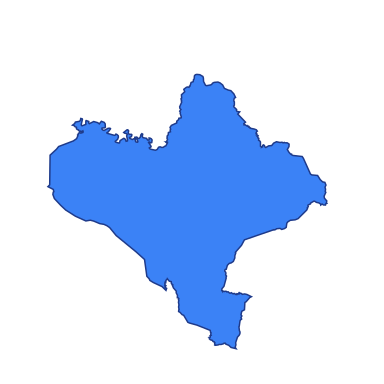 Nam Phong, Khon Kaen, Thailand, rotated 130°
{"feature_id": "78962969B93047350456374", "entity_name": "Nam Phong", "entity_type": "district", "adm_level": 2, "iso_a3": "THA", "parent_name": "Thailand", "parent_adm1": "Khon Kaen", "projection": "natural_earth1", "projection_center": [102.881, 16.697], "detail": "fine", "context": "isolated", "style": "filled", "palette": "blue", "viewbox_px": 384, "rotation_deg": 130, "n_neighbors": 0, "source": "geoboundaries", "source_scale": "gbopen_adm2", "svg_char_len": 6016}
<svg xmlns="http://www.w3.org/2000/svg" viewBox="0 0 384 384"><g transform="rotate(130 192 192)"><path d="M100.6,93.8L99.2,96.4L100.3,98.5L100.1,101.7L98.6,106.4L101.9,111.2L102.1,112.8L94.6,128.3L94.0,130.4L99.2,138.3L99.4,139.6L99.0,140.1L99.6,140.7L99.3,143.1L98.2,146.3L94.9,146.9L92.9,148.4L93.1,150.6L94.6,152.5L94.7,153.2L95.8,153.8L96.0,155.0L97.5,156.4L99.2,159.6L102.1,160.9L105.2,160.8L107.3,162.9L110.5,164.1L110.6,165.1L109.8,166.5L110.0,167.6L110.8,167.8L112.0,167.0L113.2,167.5L112.7,167.9L112.9,169.0L109.7,171.7L109.3,173.1L109.6,174.2L108.0,175.3L108.2,176.4L107.4,176.8L107.5,177.8L106.4,177.8L106.7,178.5L106.3,179.1L106.7,179.5L105.7,179.9L105.8,180.8L104.1,181.3L103.4,181.1L103.0,182.7L103.7,184.7L105.7,188.4L105.4,188.6L105.7,189.8L105.4,189.7L105.2,190.8L105.7,191.4L105.5,191.9L105.9,191.9L106.2,192.8L106.4,194.8L107.1,195.2L106.3,196.3L104.1,195.9L102.9,207.0L100.0,207.0L101.4,209.2L101.0,210.3L100.1,210.9L99.9,214.5L99.4,215.3L98.2,215.4L95.7,217.5L95.4,218.5L94.3,219.3L92.9,219.9L91.6,219.4L89.9,223.1L89.4,227.4L90.6,229.7L91.8,233.8L90.3,237.3L90.4,240.7L91.1,242.8L93.8,245.5L95.4,246.2L97.1,246.1L98.2,246.7L101.1,249.1L101.6,250.2L99.9,254.2L97.4,256.5L96.5,257.9L97.1,261.4L98.8,263.9L100.0,264.8L101.5,264.8L104.0,263.0L104.9,263.1L106.7,262.0L108.7,263.1L112.2,261.6L112.5,262.0L113.8,261.6L114.4,262.9L115.4,263.6L118.6,264.3L119.9,262.0L124.3,262.6L126.7,260.3L127.8,260.3L128.4,258.9L129.1,258.8L129.7,257.7L134.7,256.2L135.7,255.0L135.9,253.5L138.0,253.4L138.3,252.2L139.3,251.7L141.4,248.4L142.2,248.0L144.0,249.5L145.0,248.8L147.5,249.2L148.9,248.1L154.2,250.6L156.6,250.4L157.6,248.7L158.6,248.6L159.7,247.2L161.6,248.3L163.5,247.0L165.2,247.0L166.1,246.0L166.8,245.9L167.3,244.6L169.5,244.0L169.6,243.6L170.2,244.1L169.9,243.2L170.6,243.5L170.5,242.3L173.5,241.7L174.7,242.4L176.2,242.7L177.3,243.8L177.9,245.5L179.2,246.4L181.7,246.0L183.5,246.8L185.9,251.4L186.0,252.5L185.6,253.1L184.0,252.4L183.3,252.7L181.9,257.2L181.2,257.0L180.9,255.2L180.0,254.6L177.8,256.0L177.4,257.3L177.7,258.8L178.2,259.6L179.5,258.4L180.6,259.0L180.7,259.7L180.1,261.3L181.8,264.3L181.5,265.8L179.4,266.9L179.5,267.9L180.8,268.0L183.5,266.8L185.0,267.0L185.6,267.7L185.4,269.6L186.9,271.0L187.4,270.5L187.0,268.1L188.0,266.0L188.8,265.7L189.6,266.8L189.6,267.6L188.4,269.2L188.2,270.2L188.6,270.8L190.2,271.5L190.9,274.3L190.4,274.9L188.5,274.0L186.9,274.7L186.7,275.4L188.0,277.0L188.1,278.2L187.3,279.1L185.9,279.8L185.6,281.2L186.3,281.8L190.3,282.6L190.3,281.6L189.5,279.9L189.5,278.7L191.1,278.1L193.5,274.9L194.4,274.3L195.5,275.1L194.6,276.7L194.4,278.0L194.8,278.8L198.8,280.1L201.0,279.1L201.6,279.7L202.8,282.3L202.8,283.0L202.5,283.4L199.6,282.8L197.2,283.7L196.3,284.7L196.2,286.4L196.5,287.5L197.8,287.4L198.5,287.9L201.6,294.8L201.3,295.3L199.7,294.8L196.2,295.0L195.8,295.2L195.9,295.9L197.1,297.2L201.3,298.9L201.8,299.8L201.7,301.6L200.8,302.0L199.0,300.2L198.1,300.0L195.6,302.3L195.1,304.0L196.1,306.9L199.4,306.8L199.5,308.8L201.2,312.6L205.7,314.6L205.5,315.6L204.3,316.4L205.3,319.0L205.8,319.0L208.5,316.8L212.0,318.8L212.0,319.5L211.5,320.2L206.7,322.7L206.5,323.3L207.2,324.5L208.8,323.6L210.1,323.6L213.4,326.3L215.0,325.9L217.6,326.5L216.9,324.8L217.2,323.6L216.7,322.1L217.8,321.2L217.9,320.1L217.4,318.9L217.7,318.6L217.8,316.9L217.5,316.4L216.9,316.4L216.7,315.4L215.3,314.9L215.6,314.3L216.5,313.8L218.4,315.0L219.1,316.4L220.1,316.7L221.0,316.2L221.9,316.3L222.2,315.6L225.3,314.7L229.1,315.7L242.9,323.4L246.2,323.3L255.0,324.4L278.0,305.6L280.5,305.8L279.2,299.9L280.6,298.0L281.3,298.2L283.3,297.0L285.5,293.2L286.6,284.0L287.0,277.1L285.5,265.8L282.4,254.7L279.0,251.8L277.5,248.7L275.5,242.3L273.4,238.7L272.5,235.5L272.2,232.2L274.1,222.1L273.8,196.5L274.2,185.0L285.6,172.4L286.0,169.1L286.8,167.4L286.2,163.4L283.7,154.1L284.1,148.7L282.1,149.5L282.4,151.0L282.1,151.5L281.6,151.4L281.3,152.5L280.5,152.0L280.3,153.3L279.4,154.1L278.6,153.8L278.4,154.6L277.6,154.3L277.5,154.8L275.8,155.2L275.1,154.9L274.3,155.2L274.9,152.1L274.0,150.3L275.4,148.9L275.4,147.9L275.8,147.7L275.5,147.0L276.3,146.6L277.4,144.6L278.1,140.3L279.4,139.3L280.4,136.8L282.4,135.3L282.0,134.6L282.2,133.5L283.2,133.2L283.6,132.4L285.2,131.5L286.9,129.4L288.7,128.4L290.3,126.4L290.8,126.4L292.2,125.4L291.9,124.0L292.3,120.7L291.8,119.1L294.5,111.4L294.0,109.7L290.8,102.7L286.3,89.1L287.7,87.4L287.6,87.0L289.4,85.8L289.5,85.3L290.4,85.8L290.9,85.1L291.7,84.7L292.4,85.3L292.4,84.8L293.3,84.4L293.4,82.9L292.6,81.0L293.0,79.9L292.5,78.8L292.8,78.5L292.7,77.7L293.4,77.4L294.0,76.3L294.6,76.3L294.6,75.8L292.4,73.7L291.4,73.3L290.1,71.7L287.8,70.2L287.2,70.3L286.4,69.2L286.8,68.3L285.8,65.3L286.0,62.2L283.7,57.5L283.2,59.1L280.9,60.1L279.4,61.7L273.9,63.9L271.4,63.8L269.8,64.2L268.4,65.2L267.7,66.6L265.0,69.5L264.5,69.5L260.0,72.3L258.9,72.6L257.4,72.3L256.7,73.8L254.9,74.1L254.6,75.5L251.4,77.2L248.5,76.1L242.6,80.5L241.4,80.0L235.7,79.9L234.0,79.2L235.2,84.1L236.3,86.2L238.1,87.7L237.9,88.8L238.6,89.9L238.5,90.7L239.3,90.7L239.3,91.0L240.0,90.5L240.7,91.7L241.4,91.6L241.5,92.3L241.9,92.0L242.3,92.4L242.6,94.6L243.2,94.7L243.7,95.4L243.9,97.2L244.6,97.4L245.3,98.3L245.2,100.1L246.2,101.2L246.1,101.9L246.9,103.0L247.7,103.4L248.0,105.0L248.4,104.8L248.1,105.5L248.4,105.9L246.8,106.9L243.7,106.9L236.1,110.4L235.3,111.2L234.2,111.5L233.9,112.9L232.3,113.9L231.8,114.7L231.6,116.0L230.9,116.6L229.9,116.7L229.2,116.1L225.4,117.8L222.8,117.6L221.1,116.4L218.6,115.7L215.0,116.8L213.3,118.2L210.5,119.3L210.3,120.0L201.1,119.8L194.9,121.1L168.3,105.1L168.4,104.8L167.0,103.8L165.9,103.7L163.3,101.2L163.0,99.2L160.5,97.6L158.5,97.1L155.0,99.3L153.3,99.4L150.5,98.5L147.0,95.1L144.2,93.6L132.1,92.5L130.3,93.0L130.1,93.5L128.5,93.5L128.0,94.4L127.3,94.7L125.0,93.6L124.2,94.0L120.8,92.8L120.2,92.1L120.0,90.1L118.8,87.8L118.6,85.6L119.2,85.0L117.6,84.6L117.4,82.9L116.2,81.4L115.2,82.0L114.0,81.4L113.9,82.1L112.2,83.0L111.6,86.6L110.3,88.1L106.2,89.3L106.0,90.2L104.0,91.5L102.8,93.2L100.6,93.8Z" fill="#3b82f6" stroke="#1e3a8a" stroke-width="1.5"/></g></svg>